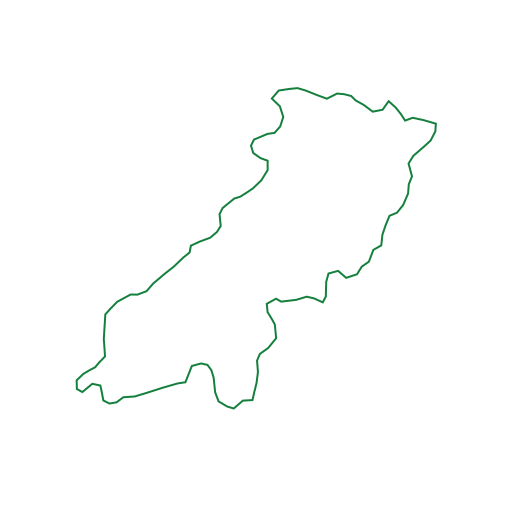 Aparecida, São Paulo, Brazil (orthographic projection), rotated 222°
{"feature_id": "56859067B61499602209927", "entity_name": "Aparecida", "entity_type": "district", "adm_level": 2, "iso_a3": "BRA", "parent_name": "Brazil", "parent_adm1": "São Paulo", "projection": "orthographic", "projection_center": [-45.236, -22.909], "detail": "fine", "context": "isolated", "style": "outline", "palette": "green", "viewbox_px": 512, "rotation_deg": 222, "n_neighbors": 0, "source": "geoboundaries", "source_scale": "gbopen_adm2", "svg_char_len": 1730}
<svg xmlns="http://www.w3.org/2000/svg" viewBox="0 0 512 512"><g transform="rotate(222 256 256)"><path d="M261.0,459.8L259.8,449.4L265.8,441.4L277.4,440.3L286.0,438.3L292.3,438.6L298.8,435.2L304.4,431.0L308.6,420.3L319.2,416.1L329.8,412.2L337.4,408.6L342.9,402.6L349.8,394.2L349.6,383.6L338.4,383.2L328.8,377.6L324.7,368.5L324.6,359.9L329.2,354.4L335.4,341.1L333.5,334.6L326.9,330.7L318.0,331.8L311.1,334.6L304.8,327.6L302.7,315.8L303.5,304.5L305.2,297.4L307.4,289.5L310.6,284.2L311.9,275.9L312.9,269.3L311.1,262.7L302.3,254.7L301.1,247.6L302.3,238.9L307.4,229.2L311.3,220.1L307.7,214.2L309.0,206.2L310.0,192.9L311.9,182.0L312.8,175.4L314.0,166.7L313.8,156.6L318.3,147.9L323.4,143.5L328.5,129.1L328.9,119.8L328.9,111.8L313.5,92.4L306.7,85.9L301.0,80.3L301.3,72.2L301.1,65.7L303.6,58.8L305.4,52.9L306.1,43.6L300.1,37.3L294.0,38.7L292.1,51.5L285.0,55.6L279.3,51.5L272.8,46.5L266.2,48.3L261.7,54.0L260.1,62.2L252.1,70.5L246.4,79.9L236.7,96.5L228.8,109.1L224.0,114.9L226.8,122.6L230.1,131.3L225.0,139.3L219.2,142.6L212.8,141.3L206.0,137.2L195.2,127.4L186.5,122.9L176.6,124.9L170.5,127.8L169.0,139.7L162.2,146.6L166.2,153.7L170.7,162.1L177.0,171.2L185.2,178.9L187.6,185.8L185.4,195.8L186.0,208.4L196.2,217.7L201.9,219.7L209.9,222.1L216.0,227.7L212.5,237.7L206.8,238.9L196.8,250.3L191.1,259.7L184.4,263.4L175.4,266.2L177.0,272.6L186.6,283.9L190.4,291.5L185.0,299.9L174.4,300.1L168.7,310.0L170.3,318.9L168.3,327.3L172.9,339.1L170.0,347.7L176.3,356.4L180.3,365.7L183.7,375.2L180.2,382.5L180.8,392.5L184.8,404.2L190.4,411.5L193.4,419.6L204.5,426.8L206.1,435.6L204.2,451.1L203.5,458.7L206.1,468.6L210.9,474.7L222.4,469.1L232.0,463.6L235.8,456.4L243.2,458.4L251.5,459.8L261.0,459.8Z" fill="none" stroke="#15803d" stroke-width="2"/></g></svg>